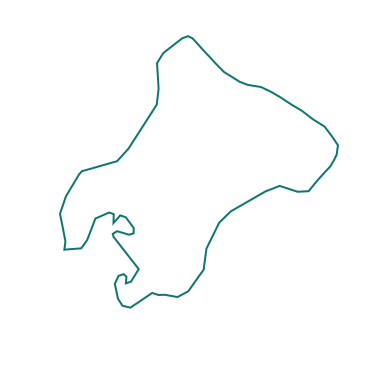 outline of Mbuji-Mayi, Kasaï-Oriental, Democratic Republic of the Congo, rotated 120°
{"feature_id": "63176286B79011641071296", "entity_name": "Mbuji-Mayi", "entity_type": "district", "adm_level": 2, "iso_a3": "COD", "parent_name": "Democratic Republic of the Congo", "parent_adm1": "Kasaï-Oriental", "projection": "orthographic", "projection_center": [23.614, -6.111], "detail": "fine", "context": "isolated", "style": "outline", "palette": "teal", "viewbox_px": 384, "rotation_deg": 120, "n_neighbors": 0, "source": "geoboundaries", "source_scale": "gbopen_adm2", "svg_char_len": 1344}
<svg xmlns="http://www.w3.org/2000/svg" viewBox="0 0 384 384"><g transform="rotate(120 192 192)"><path d="M298.0,169.7L294.6,164.1L290.2,152.0L279.8,145.6L253.4,143.1L247.1,145.7L233.8,151.2L222.7,151.9L215.2,152.4L205.4,153.1L204.9,153.1L192.1,149.5L189.3,148.7L186.7,147.2L154.5,128.5L150.1,124.9L142.9,119.2L139.0,100.7L133.0,91.4L121.0,89.5L110.3,87.3L100.6,85.0L96.6,85.0L92.6,85.0L87.3,85.4L78.5,89.0L73.5,99.4L69.1,109.8L68.6,123.4L66.7,137.8L66.6,149.1L65.8,163.1L65.7,173.0L66.6,184.8L71.4,197.4L72.7,205.6L72.1,224.1L69.0,235.4L65.9,245.3L63.2,254.3L60.5,262.5L58.7,268.3L59.0,273.3L63.9,277.4L85.9,286.3L91.1,286.5L97.9,286.7L119.2,272.6L120.8,271.9L134.0,266.2L170.1,267.9L186.4,268.7L194.1,270.4L202.8,272.3L229.0,297.7L233.2,298.6L258.8,299.0L260.4,298.7L276.9,295.4L286.3,287.1L298.1,276.9L305.8,273.7L303.4,270.3L296.2,259.8L293.6,259.5L286.0,258.8L282.5,259.3L263.3,262.4L251.2,253.5L250.6,250.2L250.3,248.7L258.1,244.5L253.8,243.6L248.1,242.4L247.8,240.8L247.0,236.6L249.7,230.5L252.3,224.5L257.0,221.9L260.5,225.2L261.0,227.3L263.4,237.3L267.9,239.7L270.1,237.5L285.4,199.6L300.2,200.0L304.2,203.6L300.9,205.1L298.2,206.4L298.0,207.3L297.3,210.1L301.3,213.7L310.2,212.9L316.6,207.1L321.4,202.8L325.1,195.7L325.3,195.3L322.9,187.5L299.3,176.0L299.0,174.7L298.0,169.7Z" fill="none" stroke="#0f766e" stroke-width="2"/></g></svg>